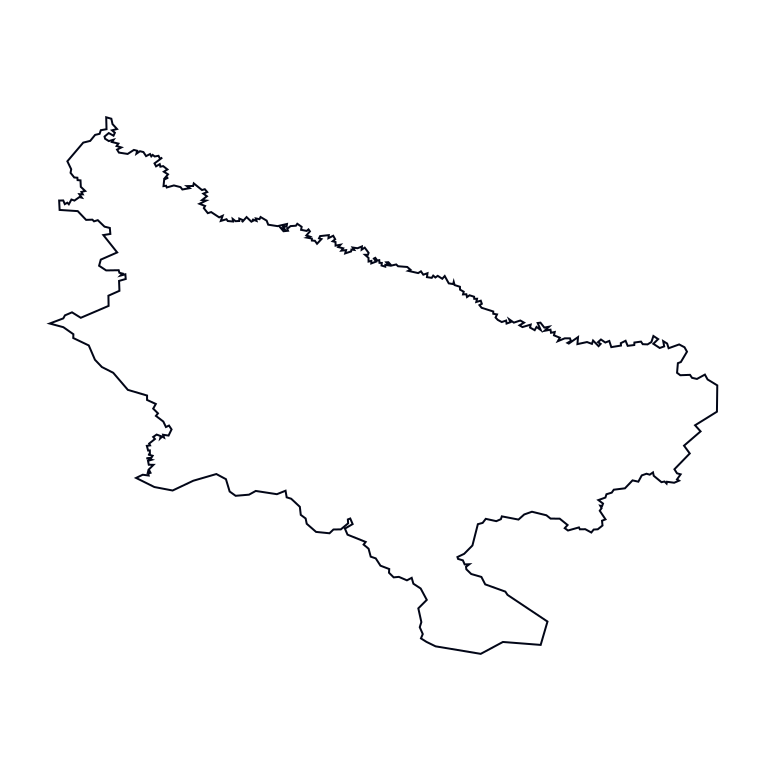 Balzar, Guayas, Ecuador, rotated 269°
{"feature_id": "8360857B55301947791088", "entity_name": "Balzar", "entity_type": "district", "adm_level": 2, "iso_a3": "ECU", "parent_name": "Ecuador", "parent_adm1": "Guayas", "projection": "equal_earth", "projection_center": [-79.85, -1.302], "detail": "fine", "context": "isolated", "style": "outline", "palette": "ink", "viewbox_px": 768, "rotation_deg": 269, "n_neighbors": 0, "source": "geoboundaries", "source_scale": "gbopen_adm2", "svg_char_len": 6127}
<svg xmlns="http://www.w3.org/2000/svg" viewBox="0 0 768 768"><g transform="rotate(269 384 384)"><path d="M655.5,110.9L643.6,111.0L642.7,105.3L639.1,104.0L638.1,99.5L632.2,94.5L630.6,87.5L612.2,71.3L604.2,75.0L600.6,74.3L595.9,77.9L595.6,81.0L593.2,81.2L592.9,84.1L586.4,84.3L582.2,88.6L581.3,84.8L578.9,86.1L579.1,82.7L575.6,85.1L576.2,82.7L572.8,77.7L573.9,74.7L569.2,72.0L570.8,70.5L569.4,68.0L573.1,66.5L573.1,62.4L563.7,62.7L562.2,80.8L553.3,89.0L553.4,95.3L551.7,96.9L552.8,100.7L546.2,107.3L544.8,112.6L538.8,113.0L537.8,106.0L520.2,119.5L513.3,103.0L507.2,101.2L502.4,108.2L502.4,120.7L499.8,121.4L499.0,124.4L497.0,122.4L498.2,127.3L493.5,127.6L491.7,120.9L481.8,121.1L477.1,110.0L466.9,110.0L455.5,82.0L461.1,73.3L458.2,66.2L455.2,64.5L450.3,50.8L446.4,64.4L439.2,74.3L435.4,74.1L427.7,89.5L413.3,95.4L405.9,102.2L399.9,113.5L382.6,127.8L376.6,146.9L372.2,146.8L368.0,155.5L363.4,152.8L358.6,157.5L356.1,155.4L350.3,162.7L344.8,165.2L346.2,168.3L342.3,170.8L336.2,167.7L337.1,162.3L334.3,163.1L335.3,161.3L333.5,159.3L335.8,159.9L337.4,155.8L335.1,152.3L333.0,154.0L328.5,148.1L326.7,149.0L326.3,145.8L321.6,147.0L321.7,148.7L317.8,148.7L317.6,146.9L316.3,151.4L314.3,150.1L313.9,145.2L312.3,150.3L311.3,146.7L307.4,147.4L307.2,152.1L302.4,147.1L300.2,146.5L301.3,148.0L299.3,149.0L298.6,146.7L296.6,147.1L297.5,141.2L294.4,134.5L285.0,152.6L281.2,170.8L290.6,191.6L296.9,214.8L291.6,224.3L279.2,227.8L274.8,233.7L275.7,247.1L279.3,253.9L275.7,275.0L279.0,283.7L272.4,284.7L270.9,289.2L262.7,297.7L254.6,298.5L250.9,303.3L245.6,304.3L237.3,313.5L235.7,326.9L239.4,330.9L239.4,338.3L245.3,345.7L249.2,345.5L250.1,347.9L244.5,350.2L240.1,342.4L234.0,344.9L226.4,362.9L223.8,360.8L219.6,365.7L211.6,367.7L209.8,372.7L202.4,377.3L198.9,386.0L195.2,385.7L190.5,390.3L190.9,395.5L187.3,403.5L189.7,408.3L183.8,409.9L178.9,417.1L167.4,423.0L159.1,414.4L145.3,417.2L140.2,415.5L133.3,418.4L129.0,416.5L125.4,422.0L120.8,431.0L112.5,476.0L124.0,498.4L120.4,536.1L143.6,543.3L171.0,503.8L174.3,501.7L181.9,481.7L189.4,478.0L192.5,467.9L197.3,463.1L199.8,462.8L202.3,466.2L202.2,461.5L206.3,459.8L207.8,455.0L209.7,454.4L212.8,461.2L221.0,469.6L242.2,475.4L243.4,480.2L247.4,483.4L244.9,493.9L246.8,498.5L249.6,499.5L246.1,516.1L251.1,521.9L253.7,529.7L249.9,544.1L246.5,548.2L246.3,557.3L239.8,565.1L236.7,562.2L234.3,565.4L237.2,576.4L235.3,577.3L235.3,582.7L231.9,588.7L234.8,591.1L235.0,595.2L238.7,600.0L243.5,599.6L244.8,603.1L253.5,597.5L256.1,599.4L258.5,598.1L258.1,599.9L260.6,600.9L264.2,596.3L266.6,603.4L269.9,604.5L271.4,609.8L274.3,611.9L275.5,623.1L283.3,630.8L281.9,636.6L288.1,640.1L289.7,644.9L288.7,648.1L290.9,651.4L287.5,652.1L281.0,659.7L281.6,662.8L279.5,664.8L281.3,665.2L280.2,672.4L282.2,677.3L283.5,675.3L288.5,679.0L289.6,675.4L293.7,672.9L309.2,688.5L317.1,682.9L331.1,699.7L337.3,694.3L350.5,716.4L376.8,717.2L382.9,707.6L387.8,705.0L383.6,697.0L384.8,692.1L387.8,690.1L387.6,680.4L390.1,677.2L399.7,678.2L400.8,681.2L411.0,687.5L415.5,685.1L418.4,679.8L414.8,669.2L419.5,667.8L422.0,663.9L416.7,664.8L415.2,660.3L419.5,654.0L424.1,658.9L427.3,654.2L421.3,652.1L419.0,648.2L419.3,643.4L421.9,641.7L421.1,635.1L418.6,634.9L417.9,628.3L423.0,626.3L420.7,621.5L418.3,621.6L416.9,611.9L423.1,610.0L421.6,606.0L424.7,601.7L422.1,598.7L420.3,601.3L418.1,599.2L423.8,593.8L420.5,592.6L422.4,587.7L420.5,578.1L427.5,578.8L421.2,569.5L421.9,568.2L423.8,571.7L426.4,570.7L426.5,565.5L423.8,558.6L427.2,560.6L429.7,554.8L433.0,555.6L432.3,551.9L435.4,551.4L434.4,545.5L438.4,550.0L437.6,545.3L442.6,541.5L442.3,538.7L435.3,541.6L438.4,537.5L435.2,535.6L437.9,531.0L440.8,531.7L438.5,523.4L440.3,520.5L442.9,525.1L445.1,521.4L443.1,514.9L446.5,510.3L443.6,511.5L442.3,507.6L445.3,507.2L443.9,502.8L446.1,498.9L448.5,496.7L451.6,498.2L452.3,494.5L454.6,494.5L458.5,482.9L461.2,480.8L462.5,483.2L465.6,482.2L464.4,477.7L467.6,478.5L467.6,475.7L469.7,475.6L471.2,471.1L469.5,468.5L472.3,467.9L472.2,464.6L474.9,465.3L477.0,461.7L479.9,461.6L481.7,456.3L484.9,455.5L482.7,454.9L483.5,450.5L490.9,446.6L488.2,444.1L491.2,439.6L489.6,437.2L491.5,435.1L489.3,433.6L490.1,428.8L494.0,429.4L492.6,425.2L496.0,422.9L494.3,420.1L496.7,410.2L497.8,412.4L500.6,409.3L501.5,400.1L503.3,398.3L502.3,393.5L505.7,390.5L505.6,388.4L502.5,390.9L503.1,387.4L501.3,387.3L502.5,383.6L505.1,383.9L505.2,381.6L507.9,381.4L507.6,379.4L510.3,377.5L509.6,376.1L506.5,378.2L504.8,373.4L507.3,373.5L506.7,370.7L510.4,370.7L513.5,367.3L513.5,370.2L515.4,370.9L520.7,367.1L518.7,364.0L521.9,364.3L520.2,359.9L521.0,355.1L518.6,356.6L519.0,353.8L517.1,353.4L515.3,347.5L518.5,348.4L518.1,343.7L520.4,345.5L521.7,340.7L524.0,342.9L523.2,338.0L526.8,338.0L527.6,335.2L529.6,337.7L533.1,335.8L530.8,331.0L533.8,331.4L533.0,322.7L530.8,321.6L530.0,324.0L525.4,319.5L528.4,317.4L528.7,314.4L530.7,314.4L531.7,309.5L532.7,312.3L533.9,309.0L537.9,312.6L539.9,311.2L538.4,309.4L539.6,303.8L542.6,304.4L545.7,300.1L543.8,298.7L543.5,293.3L540.8,289.9L538.9,290.7L538.5,286.2L542.0,283.3L540.5,287.4L543.3,285.8L543.0,289.3L545.7,289.8L543.7,280.3L545.3,271.0L549.4,269.5L553.1,263.5L551.0,262.4L551.8,258.7L549.3,259.4L551.0,255.2L549.7,256.4L548.6,254.2L553.3,249.5L548.3,244.9L550.3,245.8L551.9,242.2L549.5,242.1L549.4,238.4L551.7,235.6L549.1,235.9L549.7,230.6L551.5,229.4L549.9,223.7L555.0,225.6L553.5,222.1L558.9,214.2L557.9,210.8L563.0,206.9L565.1,208.2L567.4,202.7L570.5,209.4L571.1,205.3L574.8,210.2L577.5,206.7L579.0,210.6L581.9,208.2L581.1,205.4L587.9,197.3L585.3,196.6L585.3,190.4L583.2,193.1L582.0,185.8L584.4,184.0L586.2,177.4L584.3,170.2L586.0,169.6L585.7,167.0L592.3,167.8L594.0,171.8L594.0,168.7L597.4,171.7L600.1,167.6L602.3,171.2L605.7,167.0L605.2,164.2L607.7,163.6L605.6,159.9L608.6,158.4L614.2,166.2L613.1,164.0L616.1,162.5L615.5,158.7L617.1,156.7L615.7,155.3L618.0,154.1L616.0,150.1L620.1,147.5L621.0,144.1L618.6,140.5L621.5,141.3L622.4,138.0L618.5,131.7L620.0,123.0L623.0,121.2L625.1,125.5L626.6,120.8L629.0,122.6L630.7,116.2L633.0,117.9L631.7,113.1L634.1,109.4L636.3,108.9L639.7,113.2L637.0,117.9L639.9,119.3L642.4,116.5L643.6,121.5L648.6,117.1L654.0,116.0L655.5,110.9Z" fill="none" stroke="#020617" stroke-width="2"/></g></svg>